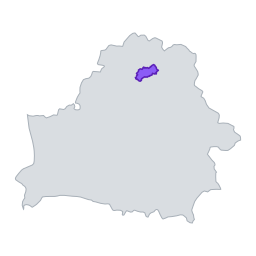 location of Ushachy, Vitebsk, Belarus
{"feature_id": "67162791B55947192119521", "entity_name": "Ushachy", "entity_type": "district", "adm_level": 2, "iso_a3": "BLR", "parent_name": "Belarus", "parent_adm1": "Vitebsk", "projection": "orthographic", "projection_center": [28.697, 55.126], "detail": "fine", "context": "in_parent", "style": "filled", "palette": "violet", "viewbox_px": 256, "rotation_deg": 0, "n_neighbors": 0, "source": "geoboundaries", "source_scale": "gbopen_adm2", "svg_char_len": 6990}
<svg xmlns="http://www.w3.org/2000/svg" viewBox="0 0 256 256"><path d="M220.7,189.4L216.2,189.3L210.7,189.6L207.7,191.9L204.3,191.0L202.0,192.3L196.8,198.3L194.7,201.5L192.9,206.5L191.7,210.1L192.4,212.6L193.5,215.0L193.8,217.5L194.4,219.5L193.1,220.9L192.3,223.0L190.0,222.7L187.1,220.8L186.4,217.9L184.2,216.0L182.8,215.0L180.4,214.8L176.7,215.8L171.7,216.6L168.0,216.9L166.0,217.9L163.0,219.0L161.8,217.8L160.1,214.5L158.7,211.3L157.8,209.9L157.0,209.5L156.0,209.6L154.8,210.6L154.0,211.7L150.9,212.9L149.5,214.1L148.0,217.1L147.0,216.9L146.0,216.2L144.8,212.8L143.1,212.0L140.5,212.0L137.3,211.2L134.7,210.2L133.7,210.4L132.2,211.9L130.5,212.1L126.8,210.7L126.1,211.3L123.9,215.0L122.9,215.2L122.3,214.7L122.7,211.5L120.6,210.3L116.9,210.1L114.4,210.5L113.2,210.3L112.5,209.7L109.5,204.2L107.9,203.8L105.0,204.0L100.6,203.3L95.7,201.9L93.0,201.4L91.6,200.1L88.5,199.6L80.4,197.0L77.0,196.5L72.1,196.2L64.6,195.4L59.7,195.4L57.5,196.0L54.9,196.4L45.9,196.5L42.6,196.9L41.7,198.0L40.5,200.4L36.5,204.4L32.7,207.0L32.1,207.2L30.0,205.6L28.3,204.9L26.3,204.6L24.8,205.0L23.8,205.7L23.7,209.0L23.5,209.3L22.2,205.2L22.6,201.7L23.6,199.7L24.8,198.0L24.5,195.2L25.8,191.6L26.1,189.0L25.7,187.8L24.9,186.5L22.7,184.9L21.8,183.6L18.8,181.9L15.8,179.8L15.4,178.6L15.6,177.8L16.2,176.6L18.8,173.3L21.6,170.1L23.4,168.8L32.3,165.0L33.7,163.6L34.2,161.0L34.4,155.8L34.2,151.0L33.8,147.6L32.6,141.3L29.1,128.2L27.4,114.7L29.1,115.7L33.1,116.2L36.3,115.5L38.0,115.5L39.4,115.9L43.6,115.5L44.6,116.7L46.4,117.9L50.2,116.6L53.6,114.9L56.9,115.3L57.5,114.4L58.6,109.8L59.6,108.8L63.6,109.5L65.2,108.7L66.8,106.5L69.3,105.1L71.3,105.2L73.4,103.7L74.4,104.9L74.8,106.8L74.0,108.3L74.3,109.0L75.7,109.8L78.1,109.9L79.7,109.3L80.1,108.4L80.2,106.8L79.9,105.3L78.9,104.0L77.0,103.2L75.6,103.1L75.4,102.3L76.0,100.5L77.3,97.3L78.9,94.5L79.8,93.4L80.0,92.4L79.9,90.6L80.0,87.4L81.5,82.9L83.4,79.7L85.8,78.7L88.8,78.2L90.7,76.6L91.6,74.8L92.5,72.0L93.4,71.4L100.3,72.0L101.5,69.1L102.1,68.4L103.4,67.5L104.4,66.5L104.1,65.7L102.3,65.2L98.2,64.6L97.4,63.6L97.7,62.5L98.9,59.5L100.1,55.7L100.7,52.8L100.8,51.0L101.4,50.6L104.8,50.1L105.9,49.5L108.9,45.5L111.1,44.9L116.7,46.1L119.3,46.0L122.5,46.4L122.8,46.0L124.1,42.0L129.7,35.6L132.7,33.4L134.5,33.0L135.2,33.1L138.1,36.5L138.8,36.6L140.8,35.2L144.3,35.1L145.8,36.3L148.1,40.5L149.3,41.0L152.6,38.6L154.5,37.8L155.7,37.9L162.0,41.0L162.5,42.1L162.5,43.3L161.6,47.1L162.9,49.4L164.4,50.9L167.7,48.3L168.9,47.6L170.2,47.5L171.9,46.5L173.1,45.0L174.4,44.5L176.7,44.8L180.9,44.4L185.8,46.6L186.2,47.3L188.8,49.9L189.6,51.2L190.5,51.6L191.8,52.8L193.6,53.6L194.8,53.3L195.4,53.7L196.0,54.7L196.1,56.5L196.0,61.5L194.4,64.2L194.1,65.1L194.3,66.2L195.7,68.3L197.7,71.6L198.1,73.5L198.2,75.0L195.8,79.4L195.0,80.4L194.5,82.5L194.3,84.7L194.5,85.5L198.8,88.8L201.9,90.6L202.7,91.5L202.8,92.0L201.2,95.7L201.1,96.7L203.7,98.2L205.1,100.5L206.5,104.4L209.0,108.0L218.1,113.1L218.9,114.1L219.3,115.2L219.1,117.8L217.7,122.7L219.2,123.4L223.2,123.0L228.0,123.4L233.9,126.5L234.0,128.1L233.5,129.5L234.0,131.0L234.7,132.2L239.9,135.8L240.4,136.9L240.6,138.7L240.6,140.1L239.2,140.5L237.7,141.2L235.2,143.0L234.4,145.4L230.4,148.8L227.9,150.4L225.9,150.5L221.1,150.1L219.3,148.6L218.5,147.2L216.7,146.6L214.2,146.6L210.8,147.0L210.1,147.5L209.7,149.3L208.3,152.4L207.4,154.2L211.9,160.1L214.2,162.4L214.9,163.9L215.0,165.0L214.0,166.3L214.2,168.9L216.5,172.2L215.8,172.8L215.7,176.9L215.9,181.4L216.6,182.4L217.7,183.2L218.8,184.8L220.6,188.4L220.7,189.4Z" fill="#d9dde1" stroke="#a8b0b8" stroke-width="1"/><path d="M156.3,68.0L156.3,67.8L156.3,67.6L156.2,67.5L156.1,67.3L156.0,67.1L155.9,66.9L155.6,66.6L155.3,66.4L155.2,66.3L155.1,66.2L155.0,65.8L155.0,65.6L154.9,65.4L154.7,65.2L154.3,65.0L154.2,64.9L153.8,64.7L153.7,64.6L153.4,64.6L153.2,64.7L153.1,64.8L152.8,65.1L152.7,65.2L152.5,65.3L152.4,65.3L152.2,65.3L151.9,65.5L151.6,65.9L151.5,66.1L151.3,66.3L151.2,66.4L151.2,66.5L150.9,66.6L150.7,66.5L150.4,66.5L150.3,66.8L150.6,67.0L150.4,67.2L150.3,67.3L150.1,67.4L149.9,67.5L149.7,67.6L149.5,67.8L149.3,68.0L149.1,68.1L148.9,68.2L148.8,68.3L148.5,68.3L148.4,68.3L148.3,68.2L148.1,68.0L148.1,67.9L147.9,67.8L147.8,67.7L147.7,67.7L147.3,67.6L147.2,67.7L147.1,67.8L146.9,68.0L146.7,68.0L146.4,68.0L146.3,67.9L146.2,67.9L146.0,67.7L145.9,67.6L145.7,67.6L145.3,67.7L145.2,67.7L145.2,67.9L145.2,68.0L144.9,68.1L144.7,67.9L144.4,67.8L144.3,67.7L144.2,67.5L144.1,67.3L144.0,67.2L143.9,67.2L143.7,67.1L143.4,67.3L143.4,67.5L143.2,67.8L142.9,67.9L142.9,68.1L142.9,68.4L142.9,68.5L142.7,68.7L142.4,68.8L142.3,69.1L142.2,69.2L142.1,69.3L141.9,69.3L141.7,69.3L141.5,69.2L141.4,69.1L141.2,69.0L140.9,69.0L140.6,69.0L140.5,68.9L140.3,68.9L140.2,68.9L140.0,69.0L139.9,69.0L139.7,69.2L139.5,69.4L139.3,69.6L139.1,69.7L139.0,69.8L138.8,69.9L138.6,69.9L138.5,70.0L138.5,70.3L138.5,70.6L138.5,70.8L138.5,71.0L138.4,71.5L138.2,71.7L138.1,71.8L138.0,72.0L137.8,72.1L137.6,72.3L137.2,72.7L136.8,73.1L136.6,73.3L136.5,73.6L136.6,73.8L136.8,74.0L137.0,74.1L137.2,74.3L137.3,74.4L137.5,74.5L137.6,74.8L137.5,75.0L137.4,75.1L137.1,75.3L136.8,75.5L136.7,75.6L136.5,75.9L136.5,76.2L136.5,76.4L136.5,76.5L136.4,76.7L136.4,76.9L136.3,77.0L136.2,77.3L136.0,77.6L135.8,77.7L135.6,77.7L135.7,77.9L135.7,78.2L135.7,78.4L135.7,78.6L135.8,78.7L136.0,78.9L136.1,79.0L136.4,79.1L136.6,79.2L136.8,79.1L137.0,79.0L137.2,79.3L137.2,79.5L137.3,79.6L137.5,79.6L137.9,79.8L138.0,79.8L138.2,80.1L138.3,80.2L138.5,80.4L138.6,80.5L138.8,80.7L138.9,80.8L139.2,81.0L139.3,81.0L139.6,81.1L139.8,81.1L140.0,81.1L140.3,81.1L140.5,81.1L140.6,80.9L140.7,80.7L140.8,80.4L141.1,80.3L141.2,80.5L141.3,80.5L141.4,80.4L141.4,80.2L141.4,79.8L141.4,79.6L141.5,79.3L141.5,79.1L141.5,78.9L141.6,78.7L141.9,78.5L142.0,78.5L142.3,78.5L142.4,78.4L142.5,78.2L142.8,77.9L143.1,77.7L143.5,77.6L143.8,77.5L143.9,77.4L144.0,77.2L144.2,76.9L144.3,76.9L144.5,76.9L144.6,77.0L144.8,77.0L144.9,76.9L145.0,76.8L145.3,76.9L145.4,77.0L145.5,77.1L145.8,77.1L146.1,77.1L146.3,77.1L146.5,77.0L146.6,76.9L146.9,76.9L146.9,77.0L147.0,77.0L147.4,77.1L147.5,77.0L147.6,76.9L147.8,76.8L147.9,76.6L148.0,76.6L148.2,76.4L148.4,76.4L148.5,76.4L149.1,76.4L149.3,76.3L149.5,76.2L149.5,75.9L149.5,75.7L149.8,75.6L150.0,75.7L150.3,75.7L150.6,75.6L150.8,75.4L151.0,75.2L151.4,75.1L151.5,75.2L151.8,75.2L151.9,74.9L151.9,74.7L152.0,74.6L152.1,74.4L152.3,74.2L152.4,73.8L152.4,73.7L152.4,73.4L152.5,73.3L152.8,73.4L153.0,73.5L153.4,73.7L153.6,73.7L153.8,73.7L154.0,73.7L154.1,73.8L154.3,74.0L154.6,73.9L154.6,73.7L154.8,73.5L155.0,73.5L155.1,73.4L155.3,73.3L155.3,73.5L155.5,73.8L155.8,73.9L155.9,74.0L156.0,74.0L156.3,73.9L156.4,73.7L156.3,73.3L156.3,73.2L156.3,72.9L156.2,72.8L156.1,72.6L156.1,72.4L156.3,72.3L156.5,72.3L156.6,72.2L156.7,71.8L156.7,71.7L156.8,71.5L156.8,71.4L157.1,71.3L157.4,71.1L157.6,70.9L157.8,70.7L158.0,70.7L158.3,70.5L158.3,70.4L158.2,70.1L157.8,70.0L157.6,69.9L157.3,69.7L157.1,69.6L157.0,69.4L156.8,69.2L156.7,69.1L156.6,68.9L156.5,68.7L156.4,68.5L156.4,68.4L156.3,68.2L156.3,68.0Z" fill="#8b5cf6" stroke="#5b21b6" stroke-width="1.5"/></svg>